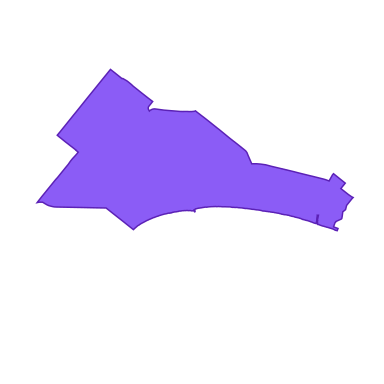 Kingston (Vic.), Victoria, Australia (Albers equal-area conic projection), rotated 300°
{"feature_id": "25037944B58220940224419", "entity_name": "Kingston (Vic.)", "entity_type": "district", "adm_level": 2, "iso_a3": "AUS", "parent_name": "Australia", "parent_adm1": "Victoria", "projection": "albers", "projection_center": [145.1, -38.004], "detail": "fine", "context": "isolated", "style": "filled", "palette": "violet", "viewbox_px": 384, "rotation_deg": 300, "n_neighbors": 0, "source": "geoboundaries", "source_scale": "gbopen_adm2", "svg_char_len": 5965}
<svg xmlns="http://www.w3.org/2000/svg" viewBox="0 0 384 384"><g transform="rotate(300 192 192)"><path d="M130.1,160.1L130.3,160.2L130.6,160.2L131.6,160.5L134.5,161.5L135.2,161.7L135.5,161.8L136.1,162.1L136.6,162.5L137.5,162.9L137.9,163.0L138.1,163.2L138.8,163.5L139.6,164.0L140.1,164.3L142.3,165.7L144.3,166.9L144.5,167.1L145.1,167.4L146.0,168.2L146.8,168.6L147.2,169.0L148.0,169.6L148.3,169.8L148.6,170.0L148.9,170.3L149.8,170.9L150.5,171.4L150.8,171.8L151.7,172.5L151.9,172.7L152.2,172.9L153.2,173.7L153.8,174.3L154.0,174.6L154.8,175.1L155.0,175.3L156.0,176.2L156.2,176.4L157.6,177.7L158.2,178.3L158.4,178.5L159.1,179.1L159.3,179.4L159.4,179.6L159.6,179.8L160.0,180.2L160.2,180.5L161.1,181.4L161.3,181.6L161.6,181.8L162.0,182.3L162.1,182.5L162.3,182.7L162.3,182.9L162.5,183.2L162.6,183.3L162.9,183.7L163.3,184.0L163.3,184.3L163.6,184.4L164.0,184.8L164.2,185.1L164.5,185.2L165.1,185.9L165.5,186.3L165.8,186.7L166.2,187.0L166.3,187.3L166.5,187.6L166.9,188.1L167.2,188.6L167.5,188.8L167.7,189.0L167.9,189.4L168.3,189.9L168.8,190.2L169.2,190.7L169.7,191.5L169.9,191.7L170.0,192.0L170.7,192.6L171.2,193.4L171.3,193.7L171.5,193.9L171.7,194.1L171.9,194.4L172.1,194.6L172.3,195.2L172.5,195.5L172.9,196.0L173.2,196.5L173.4,196.7L173.6,197.0L173.9,197.9L174.2,198.4L174.7,199.2L174.9,199.5L175.2,200.0L175.3,200.3L175.3,200.6L175.6,201.4L175.9,201.8L176.1,202.0L176.7,202.9L176.2,204.0L176.4,204.1L177.1,202.7L177.3,202.6L177.5,202.7L177.4,203.1L176.7,204.3L176.9,204.3L177.2,203.7L178.8,203.3L179.1,203.4L179.3,203.6L179.5,204.0L179.9,204.4L180.1,204.5L181.1,205.6L181.5,206.0L182.0,206.8L182.4,207.2L183.3,208.4L183.7,208.8L183.9,209.0L184.4,209.7L185.0,210.4L185.2,210.6L185.4,210.8L186.0,211.9L186.1,212.2L187.0,213.3L187.4,213.8L187.9,214.5L188.1,214.8L188.4,215.2L188.7,215.8L188.9,216.0L189.2,216.5L189.5,217.0L189.8,217.5L190.0,217.8L190.4,218.3L190.5,218.5L190.8,219.1L191.0,219.3L191.3,219.8L191.4,220.1L191.5,220.4L191.8,220.9L192.3,221.7L192.5,221.9L192.8,222.4L193.3,223.5L193.8,224.3L193.9,224.6L194.0,224.9L194.4,225.7L194.7,226.3L195.0,226.8L195.2,227.0L195.5,227.6L195.8,228.1L196.1,228.6L196.6,229.7L197.1,230.5L197.5,231.3L197.6,231.5L197.8,231.8L198.1,232.3L198.3,232.9L198.5,233.5L198.6,233.8L198.9,234.7L199.3,235.2L199.7,236.1L200.1,236.9L200.5,237.7L200.7,237.9L200.9,238.2L201.0,238.4L201.5,239.6L201.8,240.5L202.1,241.0L202.3,241.2L202.6,242.1L202.9,242.6L203.2,243.2L203.3,243.5L203.6,244.4L203.8,244.7L203.9,245.3L204.2,245.9L204.3,246.2L204.4,246.5L204.7,247.0L205.2,247.8L205.3,248.1L205.6,249.0L205.9,249.5L206.0,249.8L206.2,250.1L206.3,250.7L206.6,251.3L206.7,251.6L206.8,251.9L207.1,252.8L207.7,253.9L208.4,255.7L208.6,256.3L208.7,256.6L209.0,257.1L209.9,259.2L210.1,259.7L210.5,261.0L210.7,261.6L210.8,262.3L211.0,263.0L211.6,264.0L211.9,264.9L212.3,265.8L212.6,266.7L212.9,267.2L213.0,267.5L213.2,268.2L213.4,268.4L213.5,268.7L213.8,269.3L213.9,269.9L214.0,270.2L214.3,270.8L214.5,271.4L215.3,273.1L215.5,274.1L215.8,274.7L216.0,275.2L216.2,275.9L216.3,276.2L216.5,276.7L216.8,277.3L216.9,277.6L217.0,277.9L217.1,278.6L217.3,279.2L217.5,279.9L217.6,280.2L217.6,280.6L217.7,280.9L217.9,281.5L218.2,282.1L218.3,282.7L218.8,283.9L219.1,284.4L219.2,284.7L219.7,286.0L219.7,286.3L220.0,286.9L220.3,287.8L220.3,288.0L220.4,288.8L220.5,289.1L220.7,289.7L220.9,290.7L221.4,291.9L221.6,292.6L221.8,293.3L221.7,293.5L221.9,294.2L222.0,294.5L222.1,294.8L222.4,295.7L222.6,296.4L222.8,297.0L222.9,297.3L223.2,298.8L223.4,299.4L223.4,299.8L223.4,300.2L223.5,300.6L223.5,300.9L223.5,301.4L223.6,301.7L223.9,302.3L223.9,302.7L224.0,303.0L224.2,303.6L224.5,305.1L224.9,306.0L225.1,307.0L225.4,308.3L225.6,309.8L225.7,310.1L225.8,310.5L225.9,311.2L226.0,312.0L226.2,313.4L226.4,314.1L226.5,314.4L226.6,314.7L226.8,315.3L226.7,315.5L226.5,315.9L227.8,314.9L229.5,314.4L231.2,313.5L234.3,312.3L234.5,312.1L235.1,313.1L232.5,314.0L232.2,314.1L231.5,314.2L230.9,314.5L230.2,315.1L229.1,315.4L228.2,316.1L227.8,316.3L227.4,316.3L227.1,316.5L226.9,316.8L226.8,317.5L227.0,317.7L227.2,317.9L227.3,318.7L227.3,319.1L227.3,319.5L227.5,320.1L227.5,320.5L227.7,321.2L227.7,321.6L228.0,322.6L228.3,323.5L228.4,324.2L228.7,325.2L228.8,325.9L229.0,326.6L229.2,327.2L229.4,327.9L229.4,328.2L229.6,328.5L229.6,328.9L229.8,330.0L230.0,330.6L230.2,331.7L230.3,332.0L230.4,332.7L230.5,333.1L230.5,335.2L230.6,335.5L230.9,336.4L231.1,337.1L233.4,336.7L232.6,332.0L237.0,331.2L237.6,331.5L237.9,331.3L238.0,331.3L238.4,331.4L243.2,334.8L243.8,335.0L244.5,334.8L246.4,334.1L247.1,333.8L250.2,332.5L253.5,333.8L257.7,332.6L266.2,333.9L266.5,334.0L267.0,334.1L267.8,334.3L267.7,332.6L268.0,328.8L269.4,319.2L276.3,320.3L278.6,305.4L277.1,305.1L270.1,305.2L269.5,301.6L268.9,299.2L265.7,288.0L265.2,286.4L261.7,274.3L260.5,269.9L254.0,248.1L252.4,242.2L250.5,237.5L248.8,233.9L246.3,229.6L251.7,222.3L253.6,219.9L254.5,217.8L256.7,203.5L256.7,203.1L257.5,197.5L259.7,184.2L260.0,181.9L262.2,167.4L263.6,156.8L264.0,154.4L263.7,154.2L263.4,154.0L263.1,153.7L261.5,151.5L261.0,150.6L260.3,149.5L259.8,148.5L259.2,147.3L257.9,145.1L257.1,143.8L255.8,141.4L255.0,139.7L253.4,136.3L252.2,133.8L248.9,126.8L245.7,119.0L245.2,117.9L244.3,116.7L243.1,115.7L241.5,114.8L240.8,114.6L241.4,113.6L241.7,113.1L242.0,112.8L242.0,112.7L242.4,112.4L242.9,112.1L243.3,111.9L244.1,111.7L250.7,112.7L251.5,106.6L252.6,98.9L254.1,89.0L254.4,87.3L254.6,86.7L254.8,85.8L255.5,81.6L255.7,80.0L255.7,79.6L255.7,78.8L255.7,78.1L255.7,75.3L255.2,74.8L257.4,60.1L239.8,57.3L224.0,54.8L203.3,51.6L199.7,51.0L195.1,50.3L177.8,47.6L173.8,46.9L173.5,48.4L172.0,58.0L170.3,70.5L170.1,70.5L169.9,71.8L169.6,73.5L167.9,73.3L165.4,72.8L161.0,71.8L157.8,71.3L154.1,71.0L150.0,70.3L137.3,68.3L134.6,67.7L122.2,65.7L117.7,65.0L113.4,64.3L106.4,63.3L105.4,63.2L106.3,64.2L106.9,64.9L108.2,67.3L108.5,67.8L108.4,69.8L108.4,73.0L108.6,74.8L109.0,76.3L109.6,78.4L110.2,80.1L111.2,82.1L124.4,106.0L129.6,115.5L135.2,125.6L133.9,134.3L132.0,147.5L130.1,160.1Z" fill="#8b5cf6" stroke="#5b21b6" stroke-width="1.5"/></g></svg>